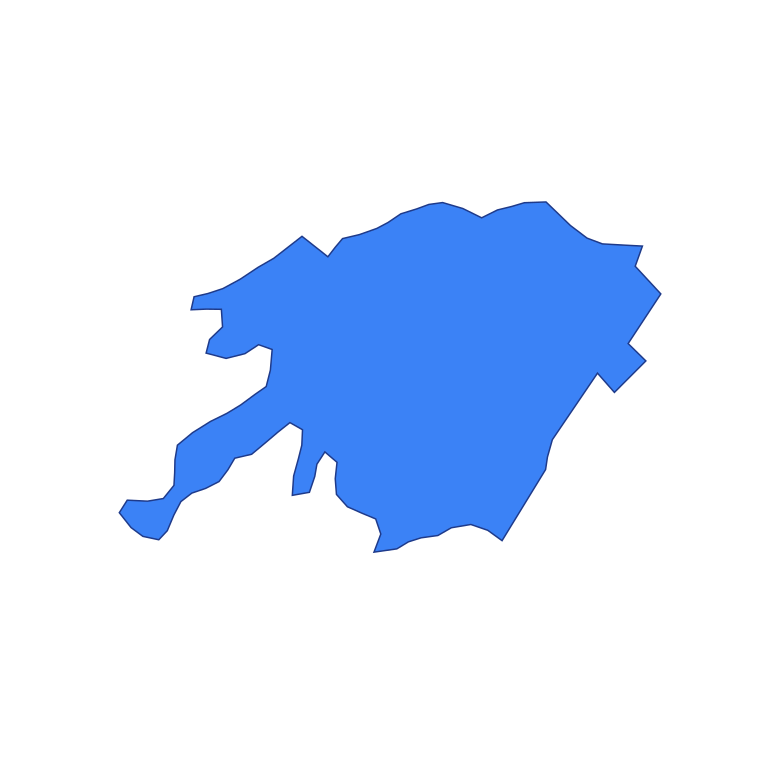 the district of Barra Funda, Rio Grande do Sul, Brazil, rotated 316°
{"feature_id": "56859067B80919808552891", "entity_name": "Barra Funda", "entity_type": "district", "adm_level": 2, "iso_a3": "BRA", "parent_name": "Brazil", "parent_adm1": "Rio Grande do Sul", "projection": "natural_earth1", "projection_center": [-53.035, -27.919], "detail": "fine", "context": "isolated", "style": "filled", "palette": "blue", "viewbox_px": 768, "rotation_deg": 316, "n_neighbors": 0, "source": "geoboundaries", "source_scale": "gbopen_adm2", "svg_char_len": 1419}
<svg xmlns="http://www.w3.org/2000/svg" viewBox="0 0 768 768"><g transform="rotate(316 384 384)"><path d="M588.4,549.3L587.7,524.5L645.7,511.5L646.5,473.8L665.7,464.3L654.5,452.3L638.4,434.9L631.4,420.1L628.2,399.5L627.7,385.0L627.0,365.6L610.9,351.1L599.0,344.9L586.5,337.6L569.7,332.3L562.6,312.5L552.2,294.2L541.0,286.0L529.0,280.7L514.4,273.3L499.0,270.6L486.9,267.1L470.0,259.4L455.2,250.6L443.7,251.8L432.0,253.5L427.6,220.8L392.1,217.0L374.5,212.6L353.3,208.7L334.3,203.4L320.2,196.6L308.0,189.3L296.8,196.6L308.2,206.7L318.9,217.3L307.5,230.8L289.5,230.8L277.5,238.2L288.2,255.9L305.1,265.6L321.1,268.6L327.5,281.5L311.9,295.1L297.5,304.0L284.3,301.9L266.3,299.5L250.7,296.0L233.2,290.4L212.4,286.0L192.9,284.5L181.0,293.3L171.7,302.5L162.5,311.0L145.7,313.1L132.5,304.0L118.6,289.2L104.2,292.7L102.3,311.6L104.7,326.1L113.8,339.6L126.2,339.0L141.8,332.3L156.2,327.5L170.0,329.0L183.2,335.2L197.6,339.6L212.0,337.3L225.1,333.7L240.0,342.6L259.5,344.0L273.9,344.9L289.5,346.4L293.6,360.3L282.4,370.9L270.5,378.3L255.1,387.4L240.7,400.4L255.1,410.1L270.0,402.4L280.0,395.1L294.3,391.8L295.8,407.7L283.1,418.3L273.1,430.4L272.4,446.9L278.3,461.4L284.3,475.3L277.5,489.7L260.0,498.0L278.7,511.5L291.9,514.5L303.8,520.4L317.5,530.4L332.6,534.2L348.9,545.4L357.0,561.3L360.1,578.7L440.8,557.8L450.8,550.1L466.4,541.0L545.1,524.5L543.9,550.1L588.4,549.3Z" fill="#3b82f6" stroke="#1e3a8a" stroke-width="1.5"/></g></svg>